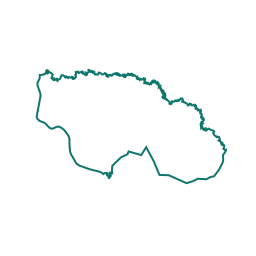 General Alvear, Corrientes, Argentina, rotated 109°
{"feature_id": "61730980B3479013569835", "entity_name": "General Alvear", "entity_type": "district", "adm_level": 2, "iso_a3": "ARG", "parent_name": "Argentina", "parent_adm1": "Corrientes", "projection": "mercator", "projection_center": [-56.591, -28.773], "detail": "fine", "context": "isolated", "style": "outline", "palette": "teal", "viewbox_px": 256, "rotation_deg": 109, "n_neighbors": 0, "source": "geoboundaries", "source_scale": "gbopen_adm2", "svg_char_len": 5667}
<svg xmlns="http://www.w3.org/2000/svg" viewBox="0 0 256 256"><g transform="rotate(109 128 128)"><path d="M116.7,28.3L117.3,28.9L116.7,29.8L116.9,30.7L116.7,31.0L115.4,30.9L113.2,31.3L112.5,32.7L112.6,33.1L113.3,33.1L113.3,34.1L112.9,34.3L112.3,33.8L111.5,34.0L112.0,34.6L111.9,35.2L110.8,35.8L110.8,36.3L110.1,36.8L110.5,37.6L110.3,38.3L108.8,37.5L106.8,39.1L107.3,40.2L107.1,41.0L107.8,41.2L106.5,44.1L104.8,45.9L103.6,45.2L102.8,46.0L102.8,49.6L102.3,51.1L102.5,51.8L104.0,52.9L104.8,52.9L105.1,53.6L103.0,54.5L103.7,55.4L104.5,55.0L105.2,55.6L104.0,58.0L102.8,57.8L102.2,58.7L102.3,59.1L103.2,58.8L103.9,59.0L100.8,60.5L100.6,60.1L101.3,59.5L100.6,59.4L99.8,60.3L99.2,60.0L99.1,59.5L100.2,59.3L99.2,58.6L98.6,59.8L98.8,60.5L98.4,60.5L98.0,60.1L98.1,59.5L95.8,59.0L95.5,59.2L95.5,59.9L95.0,60.0L94.6,59.5L94.3,60.0L94.3,60.5L94.8,61.1L94.5,61.3L94.3,61.9L93.7,61.3L93.1,61.7L93.1,62.1L93.6,62.4L93.1,62.7L91.6,62.5L90.7,63.1L90.5,63.7L90.8,63.6L90.7,64.4L90.1,64.7L89.8,64.4L89.2,65.3L88.9,65.2L89.0,64.8L88.5,64.5L87.1,65.1L88.6,67.8L87.8,68.2L87.5,67.9L87.0,68.6L87.7,69.8L87.3,70.0L87.5,70.4L86.8,70.7L86.6,70.2L86.0,70.7L85.2,70.6L84.9,70.8L85.4,71.8L84.3,72.2L84.2,72.6L85.9,74.7L85.5,76.0L84.9,76.1L84.9,77.5L85.6,77.4L85.7,77.8L86.9,78.1L87.2,78.7L87.0,79.1L86.3,79.2L85.6,80.6L85.7,82.0L85.1,83.1L85.5,83.9L85.4,85.3L84.2,84.8L83.1,85.6L82.8,85.9L83.3,86.1L83.3,86.9L82.9,87.6L84.3,88.2L84.4,88.7L85.6,88.7L86.1,89.3L85.6,90.2L86.8,90.8L86.9,91.2L86.4,91.5L86.6,92.4L87.5,92.5L88.2,93.1L88.4,95.2L89.1,95.4L89.7,94.9L90.3,94.8L90.3,95.7L91.0,95.3L91.0,96.0L91.7,96.1L91.6,96.6L90.1,97.2L89.3,98.3L89.1,99.6L88.7,100.0L88.8,100.9L88.1,101.1L88.0,101.6L88.0,102.5L88.4,102.8L88.3,104.7L87.5,105.6L85.0,104.9L85.1,104.0L85.8,104.4L86.4,104.0L86.6,103.6L86.4,103.0L84.8,103.3L83.7,103.9L83.7,104.2L84.2,104.2L83.8,104.7L82.7,105.2L82.7,105.6L83.8,105.2L84.5,105.3L84.6,105.7L83.0,106.3L83.6,106.9L83.4,107.4L82.1,108.3L82.4,107.1L81.2,106.9L81.0,108.4L81.5,109.0L81.1,109.3L80.0,109.4L79.8,109.7L80.3,110.4L79.9,110.8L79.1,110.7L79.1,111.2L78.5,111.6L77.5,111.3L77.6,111.8L78.7,112.3L77.5,112.5L76.8,113.7L76.5,113.6L76.6,114.3L77.2,114.5L77.0,114.8L76.2,114.9L75.2,114.5L75.1,114.9L75.9,115.1L75.9,115.9L76.3,116.2L76.1,116.5L75.6,116.0L75.2,116.1L75.8,117.4L75.7,117.7L74.8,117.6L74.5,118.9L74.9,119.6L76.4,119.0L76.0,120.4L76.9,120.6L76.7,119.9L77.1,119.8L77.7,120.3L78.8,120.4L78.4,121.4L79.8,121.8L79.5,123.2L78.8,123.9L78.8,124.3L79.9,124.2L80.0,124.5L79.1,125.4L79.2,125.8L79.9,126.1L79.7,126.5L80.2,127.0L80.2,127.4L78.3,127.2L77.8,128.1L77.1,128.0L76.5,128.5L76.3,127.7L75.9,127.9L75.7,128.5L75.8,129.4L76.9,129.6L78.1,131.3L77.9,131.7L77.3,131.9L77.4,132.3L78.5,132.7L78.0,133.1L77.7,133.9L78.4,134.0L78.7,135.1L78.3,135.8L76.9,135.7L76.3,136.1L76.7,136.6L76.7,137.6L75.8,139.2L75.9,139.6L77.1,140.2L77.1,141.6L76.5,142.2L76.3,141.3L75.8,141.3L75.4,142.0L76.0,143.1L76.9,143.1L77.7,143.9L77.6,144.4L76.7,144.5L76.5,144.9L76.7,145.8L78.4,146.1L78.6,148.8L79.3,148.7L80.3,147.0L80.7,147.0L80.8,147.5L80.9,148.0L80.0,148.1L80.4,148.7L80.4,149.4L79.9,150.0L80.5,150.0L80.4,152.2L81.2,152.5L81.3,152.9L80.4,153.4L79.8,154.3L79.7,155.3L80.8,154.6L81.3,154.8L81.0,155.6L81.4,156.3L81.2,156.7L80.7,156.4L80.5,156.7L80.8,157.3L80.3,157.5L80.4,158.1L81.5,158.9L82.4,160.2L83.2,159.9L84.0,160.5L83.6,162.6L84.0,163.1L85.9,163.2L86.1,163.6L85.8,164.2L86.0,165.2L84.7,166.0L84.9,165.3L84.5,165.0L84.0,165.8L84.4,166.5L83.6,167.2L83.9,168.0L85.0,168.4L85.8,169.9L85.0,172.1L85.1,173.7L87.1,173.6L87.6,174.5L87.5,176.0L88.2,176.7L88.0,177.1L85.9,178.2L85.9,179.2L87.2,179.0L87.3,179.4L86.7,180.5L86.1,180.3L85.8,181.1L85.9,181.5L87.1,181.4L87.2,181.8L86.8,182.9L85.8,183.8L85.9,184.2L86.2,184.4L87.0,183.6L88.1,183.5L89.3,184.6L89.3,185.8L89.9,185.4L89.7,184.7L90.1,184.3L90.6,184.2L90.7,185.5L91.1,185.7L91.5,184.7L91.8,184.9L91.8,185.7L91.0,186.2L91.3,188.3L91.1,188.8L90.8,189.1L90.3,188.2L89.5,189.3L89.5,189.9L90.1,190.1L90.3,189.6L90.7,189.7L90.6,191.0L92.0,192.5L91.0,193.4L91.2,194.1L92.0,194.4L92.1,195.5L94.1,194.7L95.0,195.1L95.4,194.4L96.8,193.9L98.7,194.6L98.8,195.2L98.1,195.5L98.1,196.0L98.7,196.1L99.2,195.6L99.6,196.0L99.3,196.5L98.0,196.5L97.8,197.1L97.9,197.7L99.0,198.4L99.2,201.0L100.2,201.1L99.4,203.1L100.6,203.3L100.7,203.8L99.5,205.4L99.4,207.4L99.7,207.9L104.3,208.5L104.8,209.6L104.7,210.3L105.1,210.6L106.3,210.2L106.0,211.2L104.9,211.4L104.8,211.9L106.1,212.6L107.0,213.9L106.7,214.3L105.5,214.2L105.1,214.4L106.1,215.7L105.7,216.6L102.0,216.5L101.0,218.5L101.2,219.4L100.6,220.5L100.6,221.1L101.2,221.7L102.5,221.6L102.8,222.0L102.7,222.4L101.9,222.6L100.2,222.2L99.8,222.3L99.6,223.1L100.4,224.0L102.0,223.6L103.8,224.0L104.1,224.9L105.0,225.1L106.7,228.7L109.7,227.7L114.7,228.2L116.0,228.0L117.2,227.4L123.3,222.6L125.8,221.2L146.8,218.1L148.3,217.2L149.0,216.3L150.1,213.8L150.2,209.1L150.9,207.0L153.1,202.9L153.6,200.8L153.1,199.0L150.2,196.0L149.3,194.3L149.5,190.8L150.7,187.6L154.6,182.0L155.7,181.0L157.7,179.7L163.7,177.6L169.2,175.0L171.5,173.2L178.4,165.2L179.4,161.7L179.5,151.1L178.6,140.1L179.0,137.8L179.6,136.3L178.3,135.5L177.3,133.5L177.7,132.8L178.8,133.0L179.2,132.8L179.5,132.3L179.1,131.0L179.6,131.2L181.5,129.9L181.4,129.5L180.2,129.7L179.6,128.8L178.2,128.8L177.4,130.0L177.6,130.4L177.0,130.7L176.8,130.0L176.2,130.1L176.4,129.7L175.9,129.3L175.8,128.5L175.6,128.7L175.2,128.5L173.8,129.2L168.9,130.5L158.0,125.1L152.9,119.9L150.0,119.8L149.3,106.7L140.3,104.5L150.9,93.0L162.1,83.0L159.4,74.1L161.1,54.6L157.1,49.2L153.3,45.5L150.9,37.2L147.4,33.9L145.6,30.9L138.0,28.4L130.4,27.3L127.8,27.4L122.4,29.4L120.1,28.5L118.0,28.3L117.4,28.0L116.7,28.3Z" fill="none" stroke="#0f766e" stroke-width="2"/></g></svg>